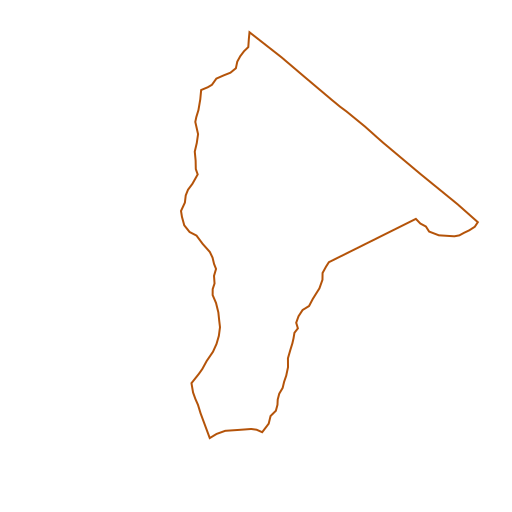 outline of Floraí, Paraná, Brazil, rotated 130°
{"feature_id": "56859067B79639289335634", "entity_name": "Floraí", "entity_type": "district", "adm_level": 2, "iso_a3": "BRA", "parent_name": "Brazil", "parent_adm1": "Paraná", "projection": "albers", "projection_center": [-52.327, -23.332], "detail": "fine", "context": "isolated", "style": "outline", "palette": "amber", "viewbox_px": 512, "rotation_deg": 130, "n_neighbors": 0, "source": "geoboundaries", "source_scale": "gbopen_adm2", "svg_char_len": 1495}
<svg xmlns="http://www.w3.org/2000/svg" viewBox="0 0 512 512"><g transform="rotate(130 256 256)"><path d="M387.0,138.0L376.3,138.5L369.2,142.0L361.8,141.3L356.2,143.9L352.0,147.1L346.5,149.7L339.9,150.8L334.3,153.6L328.3,155.9L320.6,160.0L313.8,165.8L305.9,169.3L299.5,172.0L295.0,174.3L290.1,177.2L284.5,177.4L281.3,182.3L274.8,184.7L267.4,185.6L260.2,183.2L252.4,184.9L246.0,185.8L240.1,186.6L231.5,189.8L226.2,194.1L219.2,195.5L213.9,196.2L124.8,157.4L125.5,151.0L124.2,144.8L126.0,139.1L122.6,129.2L113.4,116.7L109.5,113.5L104.4,111.5L99.4,109.2L93.0,107.2L87.5,107.8L86.8,135.1L87.5,182.9L87.5,231.5L87.3,239.8L86.8,255.6L87.1,279.7L87.6,287.5L87.7,298.3L87.6,333.9L87.4,364.3L88.8,404.8L94.6,400.8L100.9,396.2L106.7,396.8L113.0,396.5L119.1,395.3L125.1,392.1L132.0,393.4L138.3,396.8L145.6,400.4L153.2,399.8L157.7,401.4L164.1,404.7L171.8,399.4L181.2,393.9L188.0,391.0L192.3,388.7L199.9,378.7L207.5,374.0L215.4,370.0L221.8,363.5L228.1,358.0L231.0,353.1L241.6,351.1L248.9,350.7L254.7,348.8L260.8,344.8L269.7,342.4L273.6,337.9L278.6,330.7L280.3,322.3L278.6,314.7L281.0,304.7L282.6,293.9L285.2,288.2L289.0,283.1L291.6,278.3L298.2,275.4L303.7,270.1L309.2,267.9L313.8,264.1L317.7,256.4L323.4,248.6L329.0,242.8L333.7,237.8L341.1,233.1L348.8,229.7L357.0,227.4L368.1,226.3L377.0,224.5L383.0,224.0L394.9,223.7L401.0,216.5L404.5,210.5L407.3,204.8L412.1,197.4L425.2,174.4L417.6,171.8L409.7,167.2L399.8,156.9L391.6,148.5L388.7,143.9L387.0,138.0Z" fill="none" stroke="#b45309" stroke-width="2"/></g></svg>